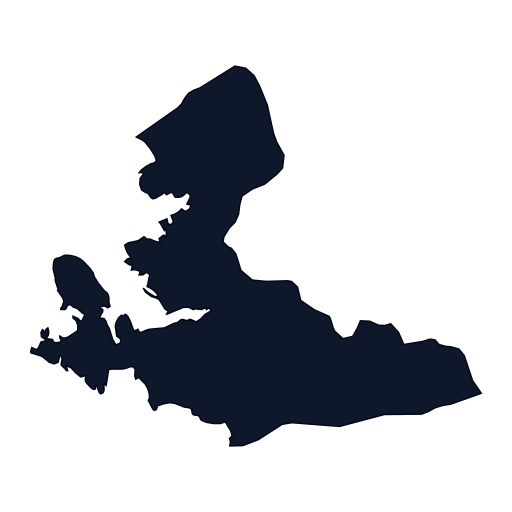 an SVG outline of Izmir
{"feature_id": "TUR-2230", "entity_name": "Izmir", "entity_type": "Province", "adm_level": 1, "iso_a3": "TUR", "parent_name": "Turkey", "parent_adm1": "", "projection": "natural_earth1", "projection_center": [26.887, 38.676], "detail": "fine", "context": "isolated", "style": "filled", "palette": "ink", "viewbox_px": 512, "rotation_deg": 0, "n_neighbors": 0, "source": "natural_earth", "source_scale": "10m", "svg_char_len": 5242}
<svg xmlns="http://www.w3.org/2000/svg" viewBox="0 0 512 512"><path d="M229.7,445.8L230.0,444.6L230.4,442.6L230.3,440.7L229.5,438.4L232.2,436.0L230.6,430.6L225.3,421.8L220.5,423.5L213.4,423.5L206.3,422.3L201.5,420.3L200.5,419.0L199.8,417.3L198.7,415.9L196.8,415.2L195.2,415.2L193.7,414.8L192.6,414.1L192.2,412.9L191.5,409.1L189.8,407.9L184.2,407.0L174.3,403.2L169.2,402.7L163.1,403.9L159.7,405.2L158.4,405.4L157.4,406.2L156.9,407.9L156.1,409.7L154.4,410.4L152.9,409.2L148.4,400.6L149.5,397.5L149.3,394.0L148.4,390.4L147.1,387.3L145.2,384.0L140.9,379.7L139.1,377.4L135.7,379.1L134.8,376.1L135.2,369.0L132.6,366.6L129.6,366.9L126.3,368.2L122.6,369.0L110.5,369.1L108.6,369.8L106.1,385.5L105.1,384.8L105.0,384.6L104.6,384.0L103.4,384.0L104.0,387.4L104.0,390.5L103.0,392.8L100.6,393.8L99.4,392.8L97.1,386.9L95.4,384.0L95.3,389.0L93.3,389.4L90.7,387.4L86.9,383.4L85.6,381.4L85.3,378.9L86.0,375.6L80.7,376.9L75.8,372.9L71.1,367.8L66.4,365.7L67.2,369.5L67.6,370.6L66.3,370.6L65.3,369.1L61.1,364.9L61.4,362.5L61.9,360.3L62.0,358.2L61.1,355.8L59.8,355.8L58.1,362.3L54.1,363.9L49.2,362.2L42.9,357.0L41.1,356.0L31.0,352.9L30.7,351.3L31.8,347.6L37.0,349.8L39.1,346.5L40.9,342.1L45.2,341.0L45.2,339.2L41.5,336.8L41.0,332.4L42.6,329.7L45.2,332.6L45.5,330.4L46.0,329.4L46.7,328.9L47.8,327.9L48.6,330.8L48.7,333.3L48.1,335.6L46.4,337.7L47.4,338.5L48.4,338.9L49.6,339.2L51.1,339.2L52.6,339.6L53.0,340.6L53.3,341.7L54.5,342.5L57.3,342.7L60.1,342.1L61.4,340.5L59.8,337.7L59.8,336.1L62.8,338.0L64.0,338.1L66.4,337.7L68.7,336.7L73.6,333.4L75.0,332.6L77.7,330.5L77.9,325.6L76.2,320.6L73.0,318.0L73.0,316.2L77.9,318.4L80.3,321.0L82.0,320.7L84.9,314.5L82.2,312.9L77.4,308.6L73.5,307.2L70.9,304.9L69.1,304.6L67.3,305.7L65.8,308.9L64.5,309.6L60.7,309.4L60.8,308.4L62.5,305.9L63.8,301.4L63.1,298.5L57.2,289.8L58.4,291.5L57.9,288.6L55.5,281.3L55.2,279.8L55.4,278.2L53.2,269.1L53.3,265.7L53.7,262.2L54.7,259.4L56.6,258.3L59.5,257.8L63.7,255.6L65.9,255.1L71.0,255.6L75.8,256.8L80.1,258.8L83.5,261.6L90.1,268.6L93.2,273.0L94.2,276.7L98.6,283.7L103.5,289.8L105.2,291.5L106.5,292.4L107.6,293.7L108.6,296.4L109.0,299.1L108.9,301.4L109.1,303.7L110.1,306.1L108.8,307.2L108.1,307.5L107.3,307.8L105.8,306.4L103.8,306.0L101.6,306.5L99.4,307.8L102.7,309.5L102.7,311.7L101.0,314.5L99.4,318.0L104.0,318.6L106.0,321.2L107.1,324.9L109.3,328.6L112.7,339.6L115.8,344.8L120.0,343.4L121.0,340.4L119.8,338.3L116.7,336.1L115.3,326.0L116.4,321.9L118.6,317.7L121.5,315.2L124.7,316.2L124.7,314.5L125.9,314.5L128.1,316.9L130.3,321.3L133.9,331.1L134.8,330.6L137.0,329.9L137.9,329.3L139.4,332.4L142.2,332.1L145.7,330.4L149.1,329.3L164.4,327.9L173.9,323.4L177.0,322.7L177.9,322.3L180.4,320.1L181.6,319.5L183.5,319.6L185.4,320.3L187.2,320.6L189.5,319.5L189.8,320.4L190.8,319.5L196.1,321.9L200.6,319.1L205.1,314.4L210.7,311.2L210.7,309.6L208.8,308.1L208.0,308.3L206.6,309.6L205.3,307.8L201.6,309.5L195.1,308.8L193.4,309.6L188.5,307.2L183.3,307.4L171.2,312.4L167.1,314.2L166.5,314.1L168.4,311.2L165.0,309.0L159.2,299.6L156.6,298.1L151.8,296.6L149.9,295.4L145.5,292.1L143.2,288.1L146.0,290.8L149.4,293.4L154.7,296.6L157.7,296.4L157.7,294.8L155.4,292.0L152.9,289.8L150.2,288.0L147.1,286.6L147.9,283.7L149.0,277.8L149.8,274.9L147.0,272.3L145.2,273.1L143.0,274.8L139.1,274.9L140.0,272.4L140.5,271.4L136.4,270.0L134.0,269.7L131.3,270.0L131.7,268.8L132.2,266.1L132.5,265.0L130.0,265.0L128.2,264.0L124.7,261.6L126.1,260.1L127.5,258.9L129.2,258.3L131.3,258.3L127.5,252.7L126.0,249.5L124.7,245.1L128.3,242.8L138.2,240.7L143.9,236.8L144.9,237.2L145.7,238.1L145.9,238.5L146.3,238.8L148.4,239.1L150.3,239.2L154.7,241.1L157.4,242.0L160.3,241.8L159.1,238.5L161.0,237.2L162.6,235.7L164.1,235.2L165.7,236.9L166.3,235.0L166.4,233.2L166.2,231.2L165.7,228.7L164.4,230.5L160.5,223.7L159.1,222.1L166.9,218.8L168.1,224.0L171.4,224.6L173.4,221.5L171.0,215.4L174.2,214.4L177.2,212.8L179.7,210.9L181.5,208.9L185.4,211.5L189.6,209.0L191.0,205.2L186.9,204.0L190.1,197.5L190.1,194.8L186.9,192.3L183.6,195.2L181.4,196.7L179.2,197.2L175.6,197.3L174.6,196.5L172.7,193.1L171.7,192.3L169.3,193.1L167.7,194.3L166.3,194.6L164.4,192.3L162.2,194.3L155.6,198.1L153.1,198.8L151.1,197.8L148.1,193.4L145.2,192.3L141.6,189.9L139.8,184.4L140.2,178.3L143.2,174.3L143.2,172.6L142.2,172.7L139.2,172.6L141.6,169.8L146.0,166.5L150.8,163.8L154.5,162.8L156.4,160.7L154.9,156.0L150.4,148.7L145.0,142.0L142.3,140.0L136.3,137.0L177.7,107.9L181.5,104.0L184.7,98.4L188.5,93.3L193.9,90.2L200.0,87.9L234.9,66.1L245.7,68.2L254.1,75.7L259.7,86.4L267.2,104.8L273.6,133.7L276.8,142.3L284.0,155.3L282.5,168.0L277.2,173.9L264.7,184.1L252.6,188.9L242.0,196.0L239.7,204.8L238.6,214.1L235.1,222.1L229.3,228.0L223.9,236.7L223.0,241.8L228.3,247.0L231.4,248.3L235.8,253.9L241.0,270.5L252.4,280.1L266.0,281.4L287.6,280.8L291.6,281.5L297.5,287.1L300.7,300.4L314.2,309.7L329.3,316.5L330.8,320.0L333.1,327.7L334.8,331.3L343.0,338.7L352.7,336.4L357.2,328.4L360.4,320.8L369.6,321.2L378.9,325.3L384.9,325.5L390.7,323.8L398.5,332.3L403.8,344.5L422.8,341.4L430.2,339.1L435.1,340.0L439.0,344.5L445.8,346.4L450.3,346.7L458.9,349.0L464.3,355.7L472.5,380.5L481.3,393.3L450.8,404.1L443.0,405.4L435.4,407.6L428.7,411.3L421.7,414.1L384.4,414.5L339.6,426.4L291.9,422.7L282.1,424.3L258.4,439.6L242.8,445.6L230.1,445.9L229.7,445.8Z" fill="#0f172a" stroke="#020617" stroke-width="1.5"/></svg>